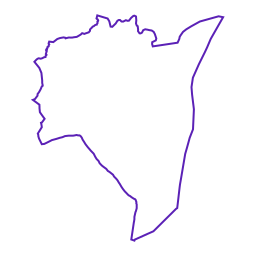 Kwande, Benue, Nigeria (Mercator projection)
{"feature_id": "59680162B2505789698133", "entity_name": "Kwande", "entity_type": "district", "adm_level": 2, "iso_a3": "NGA", "parent_name": "Nigeria", "parent_adm1": "Benue", "projection": "mercator", "projection_center": [9.368, 6.742], "detail": "fine", "context": "isolated", "style": "outline", "palette": "violet", "viewbox_px": 256, "rotation_deg": 0, "n_neighbors": 0, "source": "geoboundaries", "source_scale": "gbopen_adm2", "svg_char_len": 2965}
<svg xmlns="http://www.w3.org/2000/svg" viewBox="0 0 256 256"><path d="M223.1,17.2L218.6,16.3L199.9,21.5L191.4,26.2L186.3,29.3L183.0,31.9L180.7,35.2L179.7,36.8L179.3,38.9L177.6,42.7L152.8,46.4L152.1,44.0L152.2,42.2L155.8,40.4L156.3,38.5L154.9,34.2L153.7,31.9L151.7,30.5L149.2,30.1L147.6,29.7L145.2,29.3L143.2,30.2L142.0,32.6L140.6,33.4L139.5,33.3L138.0,31.1L138.1,29.5L137.7,26.2L136.8,25.6L136.0,23.5L136.3,20.3L136.0,16.5L134.5,15.7L133.4,15.9L131.2,17.8L128.9,20.7L127.5,20.8L125.9,20.2L123.1,21.6L121.5,21.5L120.0,20.0L118.8,20.0L117.4,20.8L115.7,23.5L112.3,26.8L110.6,26.6L109.3,21.3L107.6,18.5L97.3,15.4L97.0,16.6L96.5,18.5L96.9,18.9L97.7,19.4L98.2,20.5L98.1,20.9L97.7,21.0L97.4,21.6L97.4,22.2L97.6,22.9L96.9,24.1L96.7,24.7L96.1,24.7L95.5,24.9L94.8,25.3L93.8,26.2L92.7,26.6L91.6,27.9L90.5,28.9L90.0,29.6L90.0,30.8L88.7,32.4L88.2,32.5L86.8,33.0L86.1,33.2L84.3,33.9L83.5,33.6L82.3,33.2L82.1,33.2L82.0,33.3L80.8,34.5L79.0,35.6L77.1,36.7L76.7,36.9L73.5,37.3L72.8,37.5L71.0,37.6L68.9,37.5L68.0,37.7L65.6,38.3L65.4,37.8L63.6,37.4L60.8,37.9L59.8,38.1L57.3,39.0L53.3,42.1L49.2,41.6L48.6,43.4L49.2,44.4L48.8,44.8L48.8,45.4L48.5,45.9L48.6,46.4L48.2,46.7L47.5,47.0L47.4,47.1L47.4,47.7L47.3,48.3L46.7,48.7L46.6,49.0L47.0,49.3L46.8,50.2L46.1,50.3L46.2,50.8L46.7,51.3L46.3,52.5L45.8,54.1L46.5,54.9L45.6,56.0L45.5,57.0L44.0,57.3L42.3,58.2L40.7,58.7L38.8,58.3L38.1,58.5L36.8,59.3L35.6,60.5L34.4,61.8L39.3,67.9L41.4,72.9L41.5,73.8L42.2,80.6L42.2,83.0L42.7,85.3L42.6,85.9L41.8,86.4L40.6,89.3L39.0,92.2L37.6,94.0L37.5,95.7L34.9,99.1L32.9,99.9L39.4,104.7L39.5,106.8L39.5,108.2L39.9,112.2L41.2,114.1L44.6,118.8L41.9,122.5L41.0,122.8L41.5,124.8L41.8,127.2L37.8,133.6L38.3,134.9L38.3,136.1L39.0,138.5L41.8,144.2L44.4,143.9L44.6,143.8L44.7,143.7L46.6,142.8L47.6,142.3L49.6,141.3L51.9,140.1L56.0,139.0L58.9,138.1L59.4,137.9L62.4,137.2L65.0,136.1L68.4,135.7L69.9,135.7L72.9,135.7L74.7,135.4L75.1,135.3L76.6,135.0L78.1,135.4L79.6,135.4L80.7,136.2L81.8,137.7L82.6,139.6L84.1,141.9L84.4,142.4L85.5,144.2L87.8,147.2L89.8,149.5L90.7,150.6L93.7,153.7L95.2,156.7L96.6,159.0L98.5,160.9L99.3,162.5L99.6,163.2L101.8,165.5L103.3,166.7L104.8,167.8L106.3,168.9L107.8,170.9L109.6,172.0L111.1,173.2L113.0,174.7L114.1,176.6L115.6,178.1L116.7,179.3L117.4,180.2L117.8,180.8L118.9,182.7L119.7,183.8L120.4,185.0L121.5,186.9L123.0,189.1L124.8,191.4L126.0,192.6L127.6,194.3L128.6,195.3L130.0,196.0L130.3,196.2L131.5,197.2L132.6,197.9L133.8,198.7L134.9,199.1L135.6,199.8L136.0,201.0L136.4,202.1L136.3,203.3L136.7,204.4L136.7,206.7L136.7,208.2L136.3,209.7L135.9,211.2L135.5,212.0L134.4,216.9L134.4,219.2L134.0,221.8L133.9,222.0L131.3,239.5L134.4,240.6L134.8,239.6L147.5,233.9L153.4,231.3L176.1,208.8L177.2,208.1L177.7,204.0L179.6,187.5L180.0,184.4L180.9,179.3L185.2,153.9L186.9,148.0L188.2,143.3L189.7,137.8L193.0,129.3L193.9,109.3L193.5,106.0L192.1,94.7L191.5,87.1L192.9,77.7L198.9,64.2L204.9,52.1L207.1,47.4L210.6,39.2L210.9,38.6L217.5,27.0L223.1,17.2Z" fill="none" stroke="#5b21b6" stroke-width="2"/></svg>